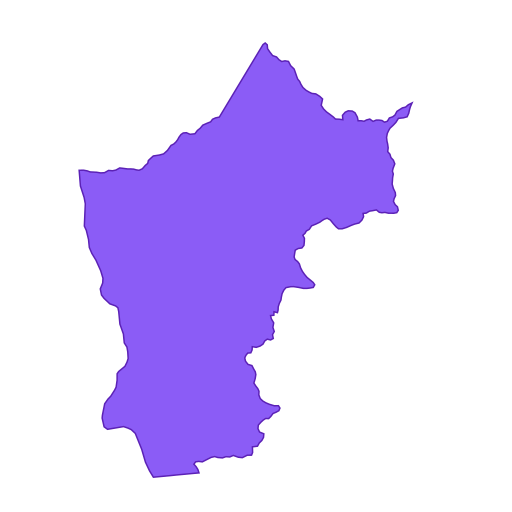 the district of Quiterianópolis, Ceará, Brazil, rotated 355°
{"feature_id": "56859067B30046972557258", "entity_name": "Quiterianópolis", "entity_type": "district", "adm_level": 2, "iso_a3": "BRA", "parent_name": "Brazil", "parent_adm1": "Ceará", "projection": "orthographic", "projection_center": [-40.719, -5.874], "detail": "fine", "context": "isolated", "style": "filled", "palette": "violet", "viewbox_px": 512, "rotation_deg": 355, "n_neighbors": 0, "source": "geoboundaries", "source_scale": "gbopen_adm2", "svg_char_len": 4133}
<svg xmlns="http://www.w3.org/2000/svg" viewBox="0 0 512 512"><g transform="rotate(355 256 256)"><path d="M89.8,412.9L93.0,415.7L109.2,414.4L113.5,416.3L116.6,418.1L120.3,422.2L125.3,438.6L127.9,451.7L131.2,460.7L134.5,467.4L151.8,467.3L157.1,467.2L175.6,467.1L180.3,467.1L179.5,463.7L178.0,460.7L176.0,458.0L177.9,455.8L180.9,455.6L184.6,456.4L188.5,454.8L191.0,453.8L193.8,452.7L197.4,452.2L200.4,453.4L205.0,454.2L208.5,453.3L212.4,453.9L216.0,452.7L220.8,454.9L224.8,455.7L229.9,453.7L234.2,454.0L235.5,451.4L235.8,445.8L240.9,445.6L242.9,442.6L245.8,440.2L247.7,437.3L248.3,433.8L244.2,431.7L242.9,428.1L243.6,424.6L246.4,422.0L249.0,420.0L251.5,418.7L254.4,419.1L256.7,417.2L259.2,414.4L262.3,413.4L265.3,412.1L266.6,409.6L265.3,407.1L261.2,406.8L256.4,404.9L253.0,403.1L250.2,401.1L247.8,398.4L246.7,394.6L247.2,391.0L246.2,388.2L244.5,385.6L242.8,382.4L244.5,378.1L245.5,374.1L245.2,371.3L243.9,368.5L242.4,364.8L238.6,363.3L236.4,359.9L235.9,356.6L237.2,354.2L239.3,352.0L242.4,352.0L243.9,349.3L244.4,346.0L248.3,347.0L252.2,346.1L255.3,344.4L257.3,341.4L260.0,339.8L263.2,340.9L266.0,339.7L265.6,335.8L267.6,332.8L266.6,328.6L267.8,324.2L265.8,319.9L265.3,316.6L268.6,316.6L269.1,313.1L272.4,314.3L273.3,311.8L273.7,308.6L275.1,305.2L277.0,302.1L277.7,299.1L278.7,295.8L280.7,292.5L283.1,290.1L287.8,289.6L290.9,289.8L295.8,291.0L300.4,292.4L303.8,292.7L307.1,292.6L310.3,292.3L312.0,289.8L310.7,287.4L308.6,285.3L305.0,281.8L302.7,278.5L300.9,275.4L299.4,271.7L298.5,267.6L297.0,265.2L294.6,262.9L293.9,260.3L294.7,257.0L295.6,253.6L298.7,252.2L302.4,252.0L304.7,249.6L305.4,246.0L305.8,242.6L304.5,239.4L306.8,237.7L308.3,235.5L311.4,234.1L314.0,230.8L318.5,229.4L322.5,227.9L324.8,226.5L327.2,225.3L330.2,224.6L333.2,226.6L335.8,230.5L338.5,234.1L340.6,236.1L344.2,236.4L348.8,235.4L353.5,233.8L357.0,232.8L361.5,232.1L364.6,229.5L366.6,226.2L366.4,222.9L369.5,222.9L373.0,221.2L376.3,221.0L380.0,220.6L382.6,223.2L385.2,223.9L388.2,223.8L391.7,224.9L397.0,225.4L400.0,225.1L401.7,222.9L401.2,219.3L399.1,217.0L397.7,213.6L398.6,210.9L400.3,208.0L400.3,205.0L398.7,200.6L397.9,196.2L398.5,192.8L398.9,190.0L399.9,186.3L399.3,183.4L400.2,180.6L402.3,176.3L401.2,172.5L399.0,169.7L398.3,166.3L396.3,163.5L397.1,159.8L396.9,155.8L396.5,153.1L396.4,149.2L397.5,145.3L399.0,142.7L400.6,140.4L404.3,137.5L407.0,135.1L409.9,131.3L414.9,131.2L418.7,130.5L420.6,127.1L421.7,123.6L422.8,120.8L424.8,117.1L420.9,118.6L418.0,120.7L414.7,121.2L412.0,122.6L409.0,124.2L406.7,127.7L404.4,129.2L400.9,130.1L398.6,133.2L395.7,133.9L393.3,132.0L390.3,131.3L387.5,131.1L384.3,132.1L381.3,129.5L377.9,130.1L375.4,131.2L372.5,130.4L369.5,130.2L369.1,126.5L367.1,121.9L364.5,120.0L360.5,119.4L357.4,120.5L354.4,123.4L354.4,127.8L350.9,127.0L347.1,126.5L345.2,124.3L341.9,121.3L338.8,118.6L336.2,115.5L334.1,111.6L336.0,105.4L333.4,102.5L329.7,99.7L325.8,98.9L323.3,97.4L320.3,95.3L317.4,92.2L315.6,88.6L314.7,85.9L313.0,83.5L312.2,80.7L311.3,77.0L310.3,73.1L307.1,69.4L305.3,65.0L301.9,64.1L298.6,64.5L296.0,62.5L293.8,59.5L290.0,57.8L287.5,53.9L285.6,50.5L285.6,46.6L283.7,44.6L281.4,46.0L231.6,114.4L227.7,114.9L224.6,116.0L222.5,118.4L219.1,119.4L214.4,121.0L211.5,123.9L208.6,125.8L205.8,128.9L200.9,129.0L197.4,127.1L194.2,127.1L191.8,128.5L189.6,131.0L188.1,133.3L186.2,135.4L183.8,137.3L181.0,138.4L177.0,143.1L172.9,146.2L168.5,147.0L165.5,147.2L162.4,147.4L159.6,149.5L157.1,151.5L156.2,154.3L153.6,156.1L150.4,159.2L147.0,160.4L144.4,159.8L141.7,158.8L138.5,158.3L135.8,158.1L131.3,157.1L127.9,156.4L123.9,158.2L120.5,158.6L116.6,157.9L112.4,159.8L108.5,159.7L104.6,158.7L101.1,158.2L98.2,157.8L95.3,156.5L91.7,155.5L87.3,155.2L87.2,171.0L89.9,182.8L90.5,189.1L87.6,211.2L89.2,215.7L90.6,224.9L90.7,233.0L92.7,239.1L96.2,246.2L100.0,257.1L101.6,264.9L100.9,269.6L98.0,275.2L98.7,281.4L100.9,284.9L106.2,290.9L111.8,293.5L113.9,295.5L114.4,299.4L114.5,312.0L117.1,322.1L117.2,331.1L119.5,335.5L119.9,340.4L119.7,347.0L118.2,350.6L115.8,354.5L109.1,359.1L107.4,361.2L106.8,367.7L105.2,374.5L103.4,377.4L99.1,383.0L96.1,385.6L92.4,390.0L89.1,401.3L88.6,404.1L89.8,412.9Z" fill="#8b5cf6" stroke="#5b21b6" stroke-width="1.5"/></g></svg>